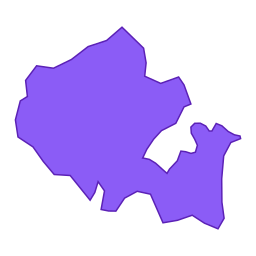 map outline of Criuleni (Equal Earth projection)
{"feature_id": "MDA-1634", "entity_name": "Criuleni", "entity_type": "District", "adm_level": 1, "iso_a3": "MDA", "parent_name": "Moldova", "parent_adm1": "", "projection": "equal_earth", "projection_center": [29.094, 47.155], "detail": "fine", "context": "isolated", "style": "filled", "palette": "violet", "viewbox_px": 256, "rotation_deg": 0, "n_neighbors": 0, "source": "natural_earth", "source_scale": "10m", "svg_char_len": 1061}
<svg xmlns="http://www.w3.org/2000/svg" viewBox="0 0 256 256"><path d="M43.3,161.5L33.0,146.9L18.0,137.0L15.4,119.9L20.3,100.9L27.4,96.5L25.6,80.4L36.6,65.8L53.5,68.2L71.4,59.5L88.1,46.6L106.6,40.5L122.0,27.2L143.6,48.2L146.1,62.9L144.7,76.2L160.7,83.4L178.6,77.0L184.0,84.9L190.9,104.0L184.0,106.9L175.8,123.3L161.5,130.6L153.7,139.1L146.8,149.3L142.7,158.0L143.0,158.0L149.4,159.4L155.6,163.2L155.7,163.3L164.6,171.3L167.0,173.4L169.5,169.1L177.3,160.8L180.9,151.1L185.6,151.7L191.0,153.4L195.4,152.2L197.4,145.3L194.7,139.2L191.3,133.2L190.9,127.1L194.7,123.3L200.3,123.2L205.7,126.0L205.8,126.1L209.2,131.0L209.3,131.0L211.9,131.0L216.2,123.5L221.9,125.8L222.0,125.9L228.2,131.5L228.4,131.6L234.4,134.8L240.0,136.0L240.6,138.6L230.8,142.5L223.7,155.9L221.7,178.9L221.9,202.1L224.1,218.3L218.0,228.8L204.5,223.2L192.2,215.2L177.5,220.3L163.0,222.8L150.5,194.2L137.2,191.3L124.6,198.1L115.9,211.1L108.7,211.0L101.1,209.5L104.5,190.9L98.1,181.7L94.8,192.5L90.1,200.2L70.2,175.5L54.2,174.5L43.3,161.5Z" fill="#8b5cf6" stroke="#5b21b6" stroke-width="1.5"/></svg>